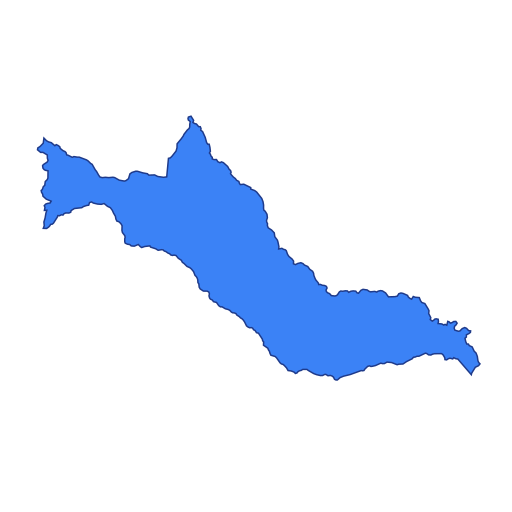 Abreulândia, Tocantins, Brazil (Mercator projection), rotated 352°
{"feature_id": "56859067B26958267589192", "entity_name": "Abreulândia", "entity_type": "district", "adm_level": 2, "iso_a3": "BRA", "parent_name": "Brazil", "parent_adm1": "Tocantins", "projection": "mercator", "projection_center": [-49.306, -9.465], "detail": "fine", "context": "isolated", "style": "filled", "palette": "blue", "viewbox_px": 512, "rotation_deg": 352, "n_neighbors": 0, "source": "geoboundaries", "source_scale": "gbopen_adm2", "svg_char_len": 6091}
<svg xmlns="http://www.w3.org/2000/svg" viewBox="0 0 512 512"><g transform="rotate(352 256 256)"><path d="M452.7,403.5L453.3,402.0L457.7,396.7L461.1,395.6L462.8,394.0L461.7,392.4L461.2,390.6L461.2,386.2L460.4,382.7L458.8,380.6L457.4,376.1L454.7,374.4L454.1,372.8L452.5,372.5L451.8,370.1L451.5,366.5L453.0,365.6L453.4,363.3L455.9,362.5L457.7,361.5L458.1,360.0L456.2,359.5L454.4,356.9L452.7,355.9L450.1,356.6L447.5,358.6L446.0,358.7L442.6,357.1L442.2,355.1L442.9,353.2L444.5,352.1L445.8,350.5L444.8,348.6L442.7,348.4L440.7,349.3L439.1,349.5L438.1,348.1L436.8,347.4L435.3,351.1L433.7,350.0L432.3,350.5L430.7,349.2L426.9,348.2L427.6,346.1L427.6,344.0L425.7,343.3L424.2,343.4L423.1,344.3L421.5,345.0L419.7,343.2L420.5,341.4L419.0,337.0L419.7,334.3L419.1,332.4L416.6,326.6L413.7,325.1L412.7,323.2L411.9,319.9L407.9,319.0L406.1,318.0L404.1,320.4L402.4,319.3L401.1,317.8L400.6,316.1L396.4,313.5L394.4,312.8L392.2,313.2L390.3,315.4L388.0,315.6L381.5,314.9L379.2,310.6L376.4,308.2L374.5,307.6L372.1,307.8L370.5,308.5L368.7,307.6L364.3,307.4L362.8,306.5L361.4,305.1L357.3,303.9L355.1,304.6L352.3,307.1L350.9,306.5L349.9,304.7L347.4,304.1L345.0,304.1L342.8,304.9L341.6,303.3L339.6,302.9L336.9,303.0L335.1,302.5L333.6,303.1L331.3,305.7L330.1,306.4L328.6,306.6L325.0,305.7L324.3,304.3L323.2,303.2L321.8,302.4L320.8,301.1L320.6,299.5L321.9,297.6L321.5,295.9L319.9,294.8L317.6,294.2L315.8,293.1L314.1,293.0L314.0,291.5L311.9,288.0L311.3,286.3L310.6,283.2L310.6,281.1L309.9,279.0L307.4,276.7L305.8,273.6L302.7,271.7L301.5,270.1L299.5,268.9L296.3,269.2L293.9,270.0L292.0,268.9L292.5,266.3L291.3,264.0L288.6,261.1L287.5,258.8L286.7,254.9L285.7,253.8L284.3,253.3L282.7,252.0L279.4,252.2L280.0,250.0L279.7,245.3L279.4,243.3L277.3,239.5L277.3,235.6L275.0,232.4L272.0,229.8L271.5,227.5L271.9,225.5L271.3,223.9L271.4,222.1L272.6,219.7L272.7,216.2L271.3,212.9L270.2,211.8L270.1,210.0L270.6,206.6L270.5,203.2L269.7,199.8L265.6,192.8L263.8,191.0L260.1,189.0L260.3,187.5L253.9,183.2L250.4,183.1L249.7,181.8L249.4,179.8L247.3,178.3L246.3,176.4L244.6,174.7L243.1,172.5L242.2,170.9L243.0,169.6L242.7,167.8L241.4,166.2L240.4,163.4L236.7,159.0L234.9,158.0L233.3,158.6L231.3,157.3L230.3,155.0L227.9,154.7L226.2,153.8L226.4,152.2L225.3,150.6L225.0,148.8L224.2,147.5L225.4,146.0L225.5,142.0L225.2,138.8L223.7,138.5L222.9,136.8L222.2,131.4L220.4,125.3L218.8,123.8L219.3,122.1L218.8,120.2L217.2,119.9L215.4,117.0L213.7,116.3L212.1,115.0L213.1,113.0L211.1,108.5L208.4,109.0L207.8,110.4L207.9,111.9L209.6,113.7L208.7,116.5L208.3,119.0L207.5,120.4L205.6,121.6L201.7,125.4L200.6,127.1L198.2,129.6L193.5,133.9L192.8,137.9L191.4,141.0L186.7,145.5L184.8,146.9L182.9,147.1L178.6,165.2L175.4,165.2L169.8,163.6L166.9,161.6L161.1,161.0L159.9,159.4L155.4,157.9L150.4,155.6L148.7,155.3L144.7,156.0L142.6,157.1L140.5,161.7L137.6,163.3L136.1,163.5L131.2,161.9L127.0,158.7L125.3,158.1L121.1,157.9L117.8,157.1L114.7,157.0L112.5,156.1L111.4,154.0L109.9,150.1L108.8,148.3L106.5,142.4L105.2,141.4L102.9,138.4L101.5,137.2L94.7,133.5L92.7,133.2L89.5,132.2L87.8,132.7L84.0,130.1L82.6,129.5L82.3,127.2L81.4,126.0L79.5,124.8L77.1,122.2L76.9,120.5L75.4,119.0L73.7,117.9L72.2,118.8L69.1,115.3L66.4,114.1L64.6,112.7L62.4,109.7L61.0,114.7L57.4,117.5L55.0,118.6L54.4,120.4L57.1,123.4L59.4,123.7L63.4,126.9L63.0,130.1L63.4,132.4L62.3,133.9L58.1,135.9L57.2,136.9L57.3,139.5L58.2,140.9L59.3,141.8L61.9,142.7L60.8,149.8L59.9,151.3L57.7,152.9L56.6,156.7L55.1,157.6L53.6,160.5L52.4,161.2L52.5,163.1L53.3,164.9L53.4,167.2L56.2,170.5L60.8,173.2L59.4,174.9L56.9,174.9L55.0,175.3L53.3,176.7L53.8,178.5L52.8,181.4L55.2,181.6L53.9,184.4L52.4,189.1L50.7,192.8L50.5,196.6L49.2,199.0L52.5,199.6L54.8,198.4L56.1,197.3L57.0,196.1L58.7,196.1L60.0,195.3L64.7,189.8L65.4,188.4L67.0,188.8L68.9,188.1L70.6,188.6L71.7,187.4L73.5,186.9L76.7,187.4L78.6,186.9L79.2,185.3L82.8,183.7L90.2,183.9L92.1,183.0L95.4,182.4L97.4,182.4L98.6,179.9L100.7,179.6L102.2,180.9L106.3,182.5L110.0,183.3L112.9,182.9L115.8,186.1L118.5,187.9L120.1,190.9L120.9,193.7L122.3,197.1L122.4,199.9L123.1,202.1L124.9,202.9L126.6,205.0L127.6,207.3L126.8,212.0L127.0,214.2L128.9,217.6L129.0,219.3L128.4,220.7L128.0,223.7L128.3,225.1L130.3,226.4L132.6,227.1L133.8,228.6L135.3,229.0L137.0,229.3L141.0,228.2L142.9,230.8L144.0,231.7L147.1,231.1L152.3,231.2L152.8,232.5L157.7,234.9L159.9,236.7L163.5,236.6L165.0,237.1L165.8,238.3L167.3,239.0L169.4,241.0L170.8,241.7L171.6,243.0L173.3,243.8L175.0,243.7L176.9,244.4L178.7,247.4L181.5,249.9L182.2,252.0L183.7,253.4L186.2,256.7L188.9,258.4L190.3,260.0L192.0,262.8L192.9,266.7L194.0,268.1L194.7,269.8L195.0,271.4L194.8,274.3L195.5,275.6L195.4,279.0L196.2,280.9L199.0,283.4L202.7,284.0L204.2,285.0L204.6,286.9L203.9,289.0L204.2,291.2L204.9,292.4L206.7,293.6L207.5,295.3L210.4,296.5L212.2,300.0L213.7,301.4L215.3,301.6L218.3,304.0L221.0,305.1L222.5,306.2L223.8,308.1L225.0,309.0L226.5,309.3L228.1,310.2L228.8,311.8L231.0,313.7L232.1,315.2L233.3,316.1L234.4,317.5L235.5,319.7L236.9,323.9L238.4,325.4L239.8,326.2L241.6,326.3L242.7,327.1L243.3,328.7L244.7,329.6L245.8,332.0L247.7,332.8L250.7,339.2L250.8,340.9L251.6,342.1L251.0,345.4L254.9,349.0L255.2,350.6L256.0,352.2L256.3,354.3L256.9,356.3L261.0,358.2L262.2,359.7L265.0,365.2L266.1,366.4L267.8,367.2L268.9,368.5L270.7,371.1L271.8,373.9L274.7,374.7L276.4,375.6L277.8,376.5L278.6,377.8L280.3,377.5L281.6,376.3L283.2,375.7L284.7,375.6L286.6,374.8L290.7,375.4L291.7,376.5L296.8,380.5L299.6,382.0L303.3,383.4L305.4,383.6L307.2,382.9L308.6,382.9L310.6,384.6L313.0,384.6L314.7,385.5L315.9,386.8L316.6,389.0L317.9,389.9L319.3,390.1L322.4,388.1L326.0,387.2L332.8,386.5L344.2,384.1L345.6,384.5L347.0,384.4L348.0,383.2L351.3,380.8L353.2,380.6L354.4,381.4L355.9,381.4L359.1,381.1L364.6,379.5L366.4,380.2L368.1,380.4L371.0,379.3L375.5,380.4L380.6,383.3L382.4,383.0L386.5,383.4L390.4,381.5L396.4,379.5L397.8,378.2L399.7,378.2L401.3,377.7L403.5,377.9L410.2,375.8L411.6,376.4L413.1,377.9L415.4,378.4L417.1,377.8L419.2,377.6L426.1,378.5L427.3,379.6L428.1,381.3L428.8,383.2L428.7,384.9L430.3,385.4L432.1,384.5L433.8,384.2L436.5,385.3L437.7,384.2L439.5,385.5L441.5,386.1L452.7,403.5Z" fill="#3b82f6" stroke="#1e3a8a" stroke-width="1.5"/></g></svg>